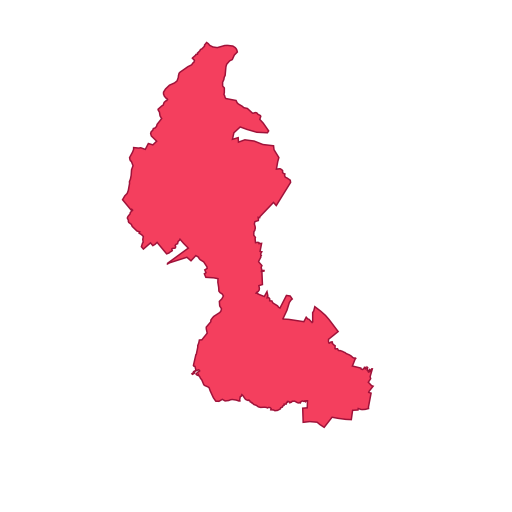 Marca, Salaj, Romania (Natural Earth projection), rotated 136°
{"feature_id": "2599482B92628327794320", "entity_name": "Marca", "entity_type": "district", "adm_level": 2, "iso_a3": "ROU", "parent_name": "Romania", "parent_adm1": "Salaj", "projection": "natural_earth1", "projection_center": [22.563, 47.243], "detail": "fine", "context": "isolated", "style": "filled", "palette": "rose", "viewbox_px": 512, "rotation_deg": 136, "n_neighbors": 0, "source": "geoboundaries", "source_scale": "gbopen_adm2", "svg_char_len": 6117}
<svg xmlns="http://www.w3.org/2000/svg" viewBox="0 0 512 512"><g transform="rotate(136 256 256)"><path d="M312.9,389.2L313.9,376.0L312.9,376.0L312.9,374.7L316.2,374.6L317.2,373.8L320.6,373.4L322.2,372.7L322.9,370.5L323.9,369.4L324.2,368.5L323.7,365.3L324.5,363.3L324.3,356.7L322.9,354.1L324.2,353.7L323.5,350.8L323.5,348.3L325.9,346.6L327.6,344.3L328.7,344.1L332.0,342.3L332.2,339.2L322.8,338.7L323.0,335.1L320.3,334.5L317.7,334.5L318.8,319.6L316.5,318.6L314.8,318.5L313.1,318.0L312.4,318.1L311.8,319.5L311.0,319.6L308.9,318.0L308.3,317.9L307.4,318.4L306.8,319.8L305.2,319.9L303.9,319.3L301.9,320.6L300.2,320.5L299.0,320.9L299.3,315.3L299.2,308.7L324.7,312.2L325.1,311.8L322.6,311.0L306.6,303.1L306.1,297.7L299.0,298.1L298.2,295.2L298.7,293.6L298.7,292.1L297.7,288.1L298.8,282.3L299.8,281.0L302.5,281.6L303.6,278.7L305.5,279.1L306.9,275.5L301.5,269.6L299.1,266.1L301.7,263.6L304.7,259.3L307.1,256.5L307.3,254.5L306.7,252.3L307.2,249.9L310.3,248.9L313.9,248.8L316.8,245.3L317.5,242.0L319.4,240.8L321.3,240.5L328.3,241.9L329.9,241.8L332.9,241.3L334.2,240.1L341.2,239.4L342.4,238.1L344.7,234.4L353.2,233.3L355.1,234.9L357.6,233.2L360.2,232.0L361.2,230.9L367.3,226.7L367.8,226.8L377.1,220.7L377.2,219.9L376.6,219.0L378.6,215.5L381.2,216.2L382.4,215.6L383.9,215.8L383.9,215.0L382.4,214.6L381.3,214.5L380.9,215.5L379.4,215.3L376.4,214.1L376.1,212.9L376.5,212.4L378.9,212.9L381.1,212.7L381.3,212.4L381.0,210.8L380.5,210.4L379.9,210.6L380.4,209.4L380.2,208.7L380.9,206.5L381.1,204.4L383.0,199.6L382.8,198.3L381.6,195.5L381.2,193.9L382.6,190.9L385.1,183.7L385.8,179.5L383.6,177.2L379.8,176.3L378.9,173.2L376.0,171.0L374.0,170.2L372.7,169.2L370.3,166.1L369.1,163.7L368.4,163.0L368.2,162.9L367.8,163.8L365.1,165.7L364.0,165.4L362.5,166.1L362.4,164.8L363.1,160.6L362.9,159.4L362.0,157.5L361.2,157.4L361.1,155.9L361.5,155.2L361.0,153.9L361.1,153.4L360.8,153.3L360.7,150.7L359.5,148.3L359.1,145.9L357.9,143.9L355.0,141.4L353.8,140.0L353.3,138.7L352.2,138.4L351.1,137.1L351.1,135.7L352.2,135.1L350.3,133.0L349.9,131.6L347.8,130.0L344.7,129.1L343.7,129.7L342.0,129.0L341.0,129.5L339.5,129.1L338.8,129.9L337.0,128.5L335.9,129.3L335.0,129.0L334.5,129.5L333.9,129.2L333.7,128.2L333.1,127.6L333.6,126.9L331.9,126.2L330.9,126.4L329.0,124.7L328.1,121.7L327.2,120.4L326.4,120.3L326.1,119.5L325.0,120.0L323.8,119.7L323.1,119.3L322.8,118.4L322.2,117.8L321.7,118.0L321.3,117.7L321.5,116.7L320.3,116.9L319.5,116.1L324.6,111.2L328.1,114.1L337.6,103.6L332.4,99.6L327.5,94.0L327.1,90.3L326.0,85.4L313.3,87.2L309.5,81.9L304.8,76.0L301.1,72.1L293.7,77.9L289.6,74.4L288.4,75.3L287.0,72.5L285.9,71.4L284.0,69.8L281.0,68.1L280.1,69.2L268.5,77.4L269.7,79.6L268.8,80.1L262.2,81.0L262.9,82.4L262.9,87.2L258.7,88.1L257.8,89.9L250.7,94.0L251.0,94.4L252.1,94.3L254.2,93.7L255.7,94.4L255.5,95.0L253.9,94.6L253.5,94.9L253.3,95.3L254.4,95.2L255.0,95.6L255.4,96.4L254.7,96.8L254.5,97.4L253.2,98.1L253.3,99.0L254.5,98.3L255.7,98.8L254.8,100.0L255.3,100.6L256.1,100.2L258.1,100.2L258.9,101.6L258.4,102.5L263.1,109.9L256.3,113.0L255.4,113.0L255.3,113.4L256.6,114.8L256.9,115.8L257.0,117.9L257.5,119.9L258.9,123.3L259.1,124.9L259.7,126.0L259.9,127.0L261.2,129.6L262.0,130.2L262.3,130.9L261.8,132.7L263.2,133.8L263.5,134.5L261.4,136.5L261.7,137.4L261.8,140.4L260.9,140.9L260.8,141.3L261.9,142.1L263.8,142.3L264.0,142.7L263.3,144.1L261.7,145.7L249.4,144.6L247.6,159.6L247.3,165.0L247.8,171.4L248.9,178.7L252.6,176.4L254.6,175.9L261.0,169.2L261.9,169.2L261.9,173.7L262.5,174.7L262.4,177.1L267.2,175.5L276.5,187.7L280.3,191.8L280.3,192.1L271.4,195.5L264.3,199.4L261.4,200.0L259.8,199.9L259.2,203.5L261.5,206.5L274.9,201.9L275.4,203.5L275.1,205.1L276.4,210.1L276.3,211.3L275.8,212.6L277.3,214.3L275.9,215.6L275.7,217.4L277.0,218.2L275.0,219.3L272.9,222.7L278.2,221.1L281.0,227.3L280.7,227.7L281.0,228.3L281.7,229.2L280.8,229.4L279.0,229.0L277.4,229.3L276.1,230.3L274.5,232.7L271.2,231.0L262.4,240.9L260.8,239.6L260.3,240.0L261.5,241.3L262.4,241.5L261.4,242.2L260.2,244.2L258.4,245.0L258.2,249.5L257.9,250.3L253.4,251.8L252.9,252.5L251.8,252.7L251.7,253.7L251.0,254.4L248.9,255.0L249.9,256.5L243.2,261.2L245.3,262.9L244.6,263.6L245.2,264.6L247.1,265.9L244.6,269.1L243.5,269.8L243.2,272.5L240.6,275.0L239.2,275.2L237.1,276.6L236.1,277.9L234.9,280.2L232.9,281.5L229.7,279.9L229.2,280.2L227.6,282.3L226.8,281.0L225.8,281.6L206.2,282.4L206.4,278.2L180.0,284.9L178.7,286.7L179.5,290.6L180.2,292.3L179.6,293.9L178.2,295.0L178.8,296.0L178.9,297.6L177.6,298.8L177.5,300.0L177.9,301.7L178.3,302.3L181.0,304.3L174.8,308.8L171.2,310.9L169.2,320.0L166.8,323.1L173.6,331.4L177.5,340.0L183.3,347.3L189.5,350.1L186.6,353.5L191.9,356.3L186.3,360.0L177.7,359.8L174.6,353.4L169.5,344.5L162.2,336.7L160.0,337.2L158.5,346.6L158.4,351.6L155.5,353.2L155.3,354.0L156.2,356.7L156.0,358.1L156.3,358.9L156.9,359.7L158.9,360.7L159.3,361.3L159.7,368.1L161.7,371.1L161.9,373.3L163.1,377.7L163.1,379.5L162.3,381.7L168.3,390.2L168.2,391.3L167.2,393.2L166.8,394.5L165.2,395.6L162.2,398.7L162.0,399.1L162.0,401.0L161.7,401.7L159.3,404.2L156.7,405.2L154.6,406.7L152.8,407.3L146.2,413.0L143.9,414.3L139.4,414.7L136.6,413.8L132.0,415.6L127.7,415.7L126.7,417.5L126.3,418.8L126.2,420.4L126.8,423.1L130.1,427.2L132.2,429.1L139.1,432.8L141.8,436.3L143.0,439.8L142.8,441.7L143.2,443.9L146.5,443.5L147.3,442.7L151.1,442.6L152.5,443.1L153.9,442.6L157.1,442.6L157.2,442.2L157.9,441.8L159.2,442.7L160.1,442.4L164.1,442.6L164.4,442.5L164.3,439.5L166.1,438.5L167.5,438.7L169.4,438.2L173.5,439.5L182.9,441.0L184.4,440.9L186.8,439.4L187.7,438.5L191.2,436.8L194.4,437.1L199.6,439.0L205.1,439.0L208.7,438.1L210.0,436.8L210.9,434.6L211.1,431.6L210.7,431.3L210.8,430.1L212.4,429.8L213.0,430.2L215.4,430.3L218.0,429.0L219.5,429.4L224.5,429.6L225.0,428.9L225.5,426.6L227.7,423.4L228.4,420.4L235.7,419.4L237.6,418.3L239.7,418.2L241.3,419.0L242.9,418.2L245.1,418.2L246.7,417.3L247.9,415.1L247.7,407.6L253.0,407.6L255.3,411.7L261.6,409.6L263.7,413.9L265.5,415.2L268.7,419.0L270.0,417.7L272.6,416.5L278.6,414.6L279.8,412.8L280.2,411.6L279.9,410.8L281.7,406.4L285.6,404.5L289.8,400.7L293.0,398.5L295.4,397.4L296.7,395.9L302.3,391.9L305.2,390.5L308.6,390.4L312.9,389.2Z" fill="#f43f5e" stroke="#9f1239" stroke-width="1.5"/></g></svg>